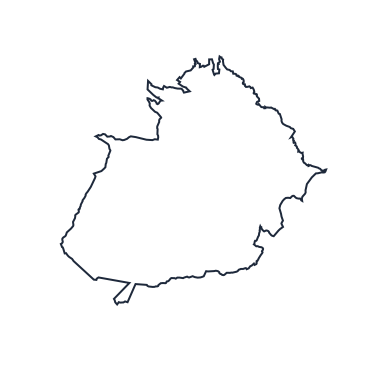 Acajete, Veracruz, Mexico, rotated 206°
{"feature_id": "50627088B80053246551902", "entity_name": "Acajete", "entity_type": "district", "adm_level": 2, "iso_a3": "MEX", "parent_name": "Mexico", "parent_adm1": "Veracruz", "projection": "robinson", "projection_center": [-97.045, 19.566], "detail": "fine", "context": "isolated", "style": "outline", "palette": "slate", "viewbox_px": 384, "rotation_deg": 206, "n_neighbors": 0, "source": "geoboundaries", "source_scale": "gbopen_adm2", "svg_char_len": 6050}
<svg xmlns="http://www.w3.org/2000/svg" viewBox="0 0 384 384"><g transform="rotate(206 192 192)"><path d="M275.8,80.4L274.0,79.8L270.4,79.3L268.1,78.0L241.8,70.2L239.4,71.1L239.6,72.4L238.6,74.2L208.4,82.8L215.3,61.7L214.2,61.0L212.6,59.2L210.0,58.1L209.5,60.9L208.1,61.1L205.2,62.7L204.2,64.3L201.6,64.7L202.4,84.5L191.9,88.7L190.9,88.1L189.5,88.1L185.6,89.5L184.0,90.4L183.3,91.2L181.6,92.1L181.2,92.7L181.4,93.5L180.1,96.3L178.3,97.4L175.9,98.4L175.5,98.9L175.5,100.5L174.4,101.3L173.9,102.2L173.3,104.8L172.8,105.6L170.0,106.9L168.6,107.0L167.7,108.6L165.7,109.6L162.2,110.7L161.6,111.6L159.3,113.8L157.9,113.7L157.0,114.0L154.5,116.6L152.3,116.7L149.4,117.5L147.0,118.9L145.7,120.1L144.5,121.4L144.6,127.0L142.8,127.6L137.3,130.7L136.2,131.6L135.0,132.0L133.7,132.2L132.4,131.9L131.8,131.1L130.5,130.8L129.5,131.0L128.6,130.7L127.4,131.0L126.6,131.7L125.4,134.6L122.4,136.0L121.5,136.7L120.2,137.3L116.9,140.0L116.2,141.1L115.9,142.6L114.3,144.3L112.4,145.2L110.6,147.0L109.9,147.2L109.0,146.6L107.6,148.2L107.1,150.8L106.1,152.0L105.0,154.8L103.8,153.9L102.6,155.4L102.7,156.6L103.1,156.9L103.4,157.8L103.2,158.3L103.5,158.4L102.8,160.2L103.0,161.2L102.6,165.1L102.1,167.9L102.2,168.8L103.1,169.3L103.2,170.1L102.9,171.2L103.2,172.1L104.0,172.7L105.3,172.8L107.6,172.1L109.1,172.1L110.5,171.4L113.4,172.1L113.2,172.7L113.9,175.0L113.9,175.8L113.1,176.1L112.7,176.9L113.0,181.0L112.8,182.1L113.6,184.5L113.7,185.8L114.0,186.8L114.4,187.1L114.7,188.5L115.4,189.7L115.6,191.1L115.1,190.7L114.8,190.9L114.3,190.8L114.2,190.3L112.5,189.0L110.5,188.3L109.9,188.2L108.6,189.8L107.9,190.2L106.3,190.3L105.5,190.0L104.9,189.3L102.0,188.0L100.8,187.8L99.2,188.1L97.4,195.1L96.7,197.1L94.9,200.5L97.8,202.8L97.9,203.8L97.7,206.1L100.8,209.2L102.4,211.4L106.3,215.7L107.0,219.1L106.6,223.8L105.9,226.1L105.0,227.8L103.2,228.9L101.0,229.7L100.3,231.9L99.5,232.9L98.7,233.2L96.2,232.4L95.3,232.3L93.3,232.8L92.0,233.5L90.8,233.0L90.2,232.4L89.1,232.3L90.3,234.0L90.7,236.2L89.6,240.1L89.7,241.5L90.7,243.3L92.2,249.5L90.7,257.7L88.8,263.0L87.1,264.0L83.9,266.6L82.8,266.9L81.4,267.8L81.1,268.8L81.3,271.0L82.2,270.3L82.8,269.3L83.7,268.5L85.3,268.3L86.9,269.0L88.1,268.9L89.3,269.1L95.9,267.9L97.1,268.1L98.5,267.5L98.4,266.7L98.7,266.4L99.4,267.3L99.8,266.7L100.5,266.5L103.2,267.4L104.2,267.4L105.4,268.2L106.3,269.8L107.0,269.6L107.9,270.0L108.0,270.5L107.2,271.2L107.7,272.6L109.6,275.1L109.8,275.8L110.9,275.0L112.5,275.1L113.6,275.7L114.2,274.9L114.6,275.6L114.6,276.4L115.0,276.8L117.1,277.7L117.2,278.3L118.2,279.0L119.5,279.2L119.4,279.5L120.3,281.0L120.7,281.2L121.0,281.7L121.9,281.5L122.3,280.9L122.5,281.1L122.9,282.6L123.3,282.4L124.0,283.2L124.2,284.3L126.2,285.6L127.0,284.6L126.1,291.5L128.7,293.1L131.1,292.7L132.6,293.3L136.3,292.9L139.9,293.1L141.5,293.9L142.7,295.1L143.4,296.7L147.2,300.6L148.4,300.4L151.0,302.6L152.6,302.1L153.3,302.8L153.9,303.0L154.1,302.5L158.0,302.6L158.7,302.0L162.9,300.4L163.3,300.5L162.8,299.5L163.8,298.9L164.9,299.6L166.3,298.9L167.2,298.8L170.4,300.3L170.3,299.8L170.7,299.4L172.6,299.2L173.0,299.6L173.0,301.6L171.5,303.3L172.7,305.3L175.6,306.4L176.3,307.9L176.9,308.3L177.7,307.7L178.8,308.0L179.5,307.6L179.9,307.8L180.1,308.7L179.8,309.0L180.2,309.8L181.5,311.2L183.3,312.4L184.7,311.2L185.8,312.0L186.8,312.1L188.0,311.0L189.5,310.1L190.0,310.4L190.6,310.4L191.7,312.0L192.2,311.9L192.6,311.5L193.4,311.5L194.0,312.0L194.2,312.7L193.7,313.5L194.6,315.1L195.8,316.0L196.4,316.1L196.9,315.6L197.7,316.3L200.1,316.1L200.9,316.8L201.6,316.8L201.7,316.2L203.0,316.1L203.9,317.2L205.3,317.1L206.8,316.4L208.2,318.3L210.0,317.6L211.7,318.2L214.1,317.6L216.1,318.4L219.4,320.1L221.6,323.3L222.1,324.7L224.0,325.0L224.4,325.9L225.6,325.7L226.6,325.9L225.9,323.3L224.0,321.3L224.8,319.6L224.3,319.0L225.0,318.8L224.0,316.4L222.6,313.9L221.1,314.1L219.8,310.5L222.6,308.8L223.2,307.0L223.7,307.3L227.1,310.9L226.5,312.0L228.2,316.1L229.7,317.2L232.2,320.0L234.7,318.7L232.6,314.3L235.9,309.9L236.8,310.6L237.6,310.3L238.6,308.6L239.7,307.6L241.0,310.6L243.3,310.4L244.6,311.7L245.8,311.8L247.2,313.2L248.3,312.2L245.8,309.8L245.7,308.6L244.8,308.5L245.0,307.4L244.6,306.3L246.0,305.4L245.4,304.6L246.5,300.7L250.2,297.7L250.9,295.6L250.7,295.0L251.8,289.2L253.5,289.8L254.5,286.1L251.0,285.7L251.5,283.5L246.4,282.8L242.9,283.3L242.5,282.8L238.2,281.5L242.8,277.8L243.9,278.6L244.4,279.3L245.0,279.4L246.3,280.1L247.1,280.1L250.1,278.7L253.0,277.9L255.2,277.6L256.0,277.1L258.0,276.7L260.3,274.7L263.6,275.0L263.7,273.4L263.2,271.5L265.9,270.8L268.6,270.9L270.9,270.1L275.3,270.1L275.7,271.1L280.2,272.6L276.9,264.7L269.4,262.3L265.2,261.4L263.6,262.2L263.6,261.5L263.4,261.3L262.2,261.4L259.1,261.0L260.4,260.2L260.8,256.9L261.4,255.9L262.5,255.9L262.9,256.6L265.4,257.8L266.7,257.7L267.4,256.6L268.4,256.2L270.0,257.1L271.8,257.1L273.1,256.8L272.7,255.8L271.8,255.1L270.7,254.6L268.8,253.1L268.0,251.1L265.8,249.6L260.5,247.9L258.0,248.0L252.6,245.6L252.3,245.3L253.1,242.9L252.8,241.7L252.2,240.6L252.0,235.8L251.3,234.1L250.5,233.5L248.4,228.7L247.2,227.8L246.3,226.3L245.7,224.1L248.6,223.1L250.3,221.3L255.9,219.0L266.6,216.7L271.4,215.2L272.6,213.7L273.7,211.3L275.8,209.0L277.1,208.1L280.1,207.7L283.9,205.7L286.7,206.9L289.4,206.8L290.0,206.0L292.4,204.6L295.4,205.7L297.4,205.2L298.7,203.0L299.9,202.2L300.9,202.3L302.9,199.8L300.9,199.8L298.9,198.9L296.9,199.3L288.4,198.2L287.1,197.4L285.1,194.6L283.7,193.7L283.5,193.4L283.1,187.9L282.3,187.0L283.0,184.6L281.8,180.6L281.8,179.3L280.7,176.3L281.2,174.6L282.6,171.1L288.3,165.5L285.6,163.8L285.3,162.1L285.2,152.2L285.9,146.6L286.4,144.5L286.5,143.1L286.0,142.1L286.1,139.6L286.7,136.5L286.3,135.8L286.4,132.0L285.9,130.4L286.0,129.0L285.6,128.0L285.6,127.2L286.2,127.0L286.3,126.4L285.0,124.6L285.0,123.8L286.7,120.5L286.7,119.7L286.3,119.1L285.7,117.2L285.8,112.9L284.1,110.3L283.9,109.3L284.7,106.1L286.8,100.8L286.4,98.0L286.5,96.8L287.7,94.8L288.0,93.8L288.0,92.9L287.4,91.9L286.5,90.9L286.2,90.0L286.5,88.6L287.1,87.8L284.6,85.5L284.0,85.6L283.1,84.9L279.5,81.0L278.4,81.8L275.8,80.4Z" fill="none" stroke="#1e293b" stroke-width="2"/></g></svg>